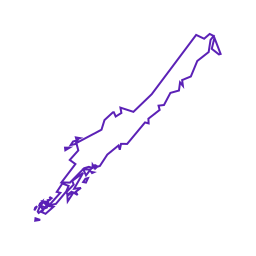 the district of Hograno-Kia-Havulei, Isabel, Solomon Islands, rotated 277°
{"feature_id": "97153195B62958617202697", "entity_name": "Hograno-Kia-Havulei", "entity_type": "district", "adm_level": 2, "iso_a3": "SLB", "parent_name": "Solomon Islands", "parent_adm1": "Isabel", "projection": "robinson", "projection_center": [158.602, -7.881], "detail": "medium", "context": "isolated", "style": "outline", "palette": "violet", "viewbox_px": 256, "rotation_deg": 277, "n_neighbors": 0, "source": "geoboundaries", "source_scale": "gbopen_adm2", "svg_char_len": 1750}
<svg xmlns="http://www.w3.org/2000/svg" viewBox="0 0 256 256"><g transform="rotate(277 128 128)"><path d="M231.3,197.6L225.9,192.7L228.7,184.3L164.4,147.4L144.7,131.4L147.3,118.0L142.1,119.6L137.9,114.4L141.9,112.0L141.7,111.1L133.0,103.7L123.1,101.9L106.8,78.6L99.7,81.4L89.2,74.1L85.8,80.2L65.9,68.6L66.7,77.0L82.7,89.3L84.7,93.9L84.0,97.7L87.2,97.4L86.5,98.0L87.1,100.0L86.0,102.7L86.9,104.7L99.1,110.7L109.5,120.7L105.4,122.5L111.4,123.0L112.1,129.1L135.6,144.2L135.1,147.9L139.7,147.1L149.8,157.2L153.9,155.6L155.2,160.9L168.0,165.8L171.4,174.0L179.6,174.1L176.6,177.3L182.2,175.9L186.8,184.1L203.0,188.6L213.2,198.8L225.5,199.2L229.8,201.8L231.3,197.6ZM78.0,88.9L68.7,79.1L65.2,81.0L57.0,74.8L54.3,76.0L57.9,79.7L57.5,80.7L53.3,76.1L47.9,77.1L57.3,81.7L55.4,86.1L58.3,83.8L62.8,88.6L61.1,81.9L78.0,88.9ZM64.9,69.6L55.9,65.1L55.4,68.7L41.5,59.0L43.9,65.7L57.4,74.4L63.3,76.1L64.9,69.6ZM228.0,202.8L216.8,201.5L212.1,209.3L212.8,210.9L228.0,202.8ZM44.8,57.9L44.8,53.3L42.2,58.0L39.1,57.2L38.4,55.8L41.8,56.4L44.2,52.6L40.1,51.1L39.2,55.2L34.0,52.7L32.8,56.6L40.7,63.6L40.9,58.7L44.8,57.9ZM82.3,95.9L81.4,88.7L75.9,92.1L82.3,95.9ZM39.9,50.2L34.0,48.6L32.8,49.7L36.7,53.7L39.9,50.2ZM109.7,79.4L107.9,75.1L104.1,73.2L105.6,77.6L109.7,79.4ZM73.4,94.4L72.4,91.9L68.9,90.1L68.7,92.9L73.4,94.4ZM27.1,47.2L24.7,47.2L26.1,52.0L27.1,47.2ZM101.4,72.5L100.8,67.9L98.3,68.5L101.4,72.5ZM85.5,101.9L86.2,98.5L83.6,100.3L85.5,101.9ZM34.8,45.1L39.3,47.3L37.6,45.6L34.8,45.1ZM112.1,81.5L112.3,77.4L111.1,77.9L111.2,79.9L112.1,81.5ZM44.5,51.8L42.2,49.8L40.5,49.4L40.7,51.0L44.5,51.8ZM47.6,59.9L46.3,56.2L46.8,58.5L47.6,59.9ZM49.0,60.7L50.0,58.5L48.2,59.9L49.0,60.7ZM79.8,99.3L80.0,96.8L78.9,97.8L79.8,99.3Z" fill="none" stroke="#5b21b6" stroke-width="2"/></g></svg>